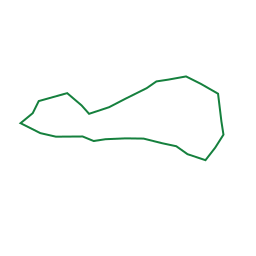 the district of Askas, Nicosia, Cyprus, rotated 246°
{"feature_id": "46923920B4634103005126", "entity_name": "Askas", "entity_type": "district", "adm_level": 2, "iso_a3": "CYP", "parent_name": "Cyprus", "parent_adm1": "Nicosia", "projection": "equal_earth", "projection_center": [33.082, 34.945], "detail": "fine", "context": "isolated", "style": "outline", "palette": "green", "viewbox_px": 256, "rotation_deg": 246, "n_neighbors": 0, "source": "geoboundaries", "source_scale": "gbopen_adm2", "svg_char_len": 497}
<svg xmlns="http://www.w3.org/2000/svg" viewBox="0 0 256 256"><g transform="rotate(246 128 128)"><path d="M176.1,31.8L159.0,45.8L149.4,58.6L138.7,83.1L130.1,91.3L126.9,102.9L119.5,121.6L112.0,137.9L100.2,153.0L91.7,164.7L79.9,171.7L67.1,185.7L74.6,199.7L83.1,212.5L96.0,216.0L122.7,224.2L138.7,212.5L151.5,202.0L155.8,184.5L159.0,172.9L156.8,161.2L155.8,137.9L154.7,119.2L156.8,98.2L167.5,94.8L184.6,86.6L188.9,57.4L180.3,47.0L176.1,31.8Z" fill="none" stroke="#15803d" stroke-width="2"/></g></svg>